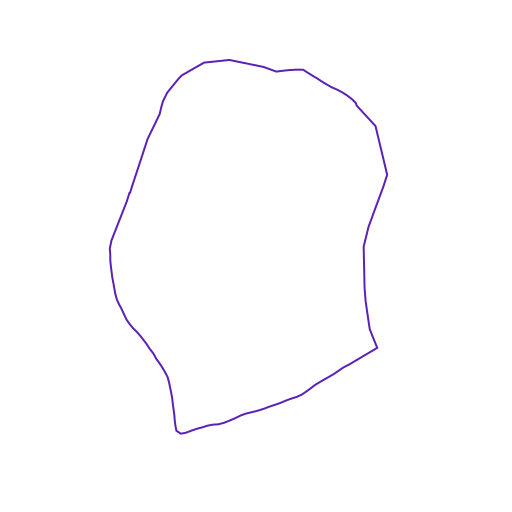 Bidbadah, Ma'rib, Yemen (orthographic projection), rotated 197°
{"feature_id": "15242507B34447312884568", "entity_name": "Bidbadah", "entity_type": "district", "adm_level": 2, "iso_a3": "YEM", "parent_name": "Yemen", "parent_adm1": "Ma'rib", "projection": "orthographic", "projection_center": [44.747, 15.403], "detail": "fine", "context": "isolated", "style": "outline", "palette": "violet", "viewbox_px": 512, "rotation_deg": 197, "n_neighbors": 0, "source": "geoboundaries", "source_scale": "gbopen_adm2", "svg_char_len": 1932}
<svg xmlns="http://www.w3.org/2000/svg" viewBox="0 0 512 512"><g transform="rotate(197 256 256)"><path d="M154.5,359.3L154.3,372.0L164.7,389.7L179.7,415.2L203.6,429.2L205.3,431.5L209.8,433.9L215.3,436.0L221.3,437.7L226.9,438.8L233.1,439.5L233.6,439.6L238.3,440.7L244.1,442.1L249.4,443.7L255.2,445.1L260.4,446.5L260.8,446.6L265.3,447.9L271.3,446.2L277.3,444.0L283.1,441.6L288.5,439.2L290.5,438.3L303.9,439.0L338.8,435.7L347.7,431.9L362.3,425.7L379.8,407.0L382.1,402.4L386.6,391.4L388.7,386.1L390.2,376.8L390.1,370.7L389.6,363.6L393.9,336.1L394.1,324.5L394.2,319.0L394.9,286.0L394.9,279.6L395.3,279.2L395.5,279.1L395.5,270.6L398.7,229.4L398.8,228.6L398.6,226.9L398.0,220.4L395.8,214.8L394.1,209.4L393.7,208.3L391.9,204.0L389.7,199.1L387.3,193.8L384.7,188.8L384.0,187.5L382.3,184.1L379.6,178.9L376.5,173.9L373.1,170.0L369.0,166.0L365.5,162.0L361.3,157.4L359.3,155.8L356.9,154.0L353.4,151.6L352.3,150.9L347.3,148.3L343.0,145.6L338.9,142.7L334.7,139.7L330.8,136.4L325.6,132.7L323.6,130.8L321.6,128.7L317.1,125.4L313.3,122.2L312.7,121.7L308.8,118.1L305.0,114.2L301.9,109.2L299.8,105.3L299.5,104.8L297.0,100.2L296.6,99.5L294.3,94.9L292.0,89.5L289.7,84.6L287.6,80.0L285.7,75.2L283.5,70.2L281.0,65.6L276.0,64.1L271.5,66.4L266.7,70.1L262.6,73.1L257.5,76.3L253.0,79.4L248.4,81.9L244.5,83.4L243.1,83.9L238.0,87.0L233.2,90.8L228.5,94.8L227.7,95.6L223.9,99.1L219.5,102.4L217.1,103.8L214.9,105.1L210.2,107.9L209.1,108.6L203.7,112.3L199.1,115.9L194.1,119.4L190.7,121.9L189.9,122.5L185.8,125.9L185.4,126.3L179.9,130.4L178.9,131.1L177.1,132.3L175.7,133.3L174.9,134.0L171.8,136.7L168.0,141.5L165.8,144.4L164.8,145.8L161.6,150.2L157.8,154.4L156.5,155.8L153.9,158.6L150.4,162.3L146.8,166.2L145.3,168.1L143.5,170.4L139.8,175.0L135.0,179.7L113.2,203.6L125.8,219.2L133.9,236.2L138.1,245.2L142.8,257.1L142.9,257.3L145.7,265.9L151.9,284.7L154.0,291.0L155.8,296.6L156.9,316.8L155.5,342.5L154.5,359.3Z" fill="none" stroke="#5b21b6" stroke-width="2"/></g></svg>